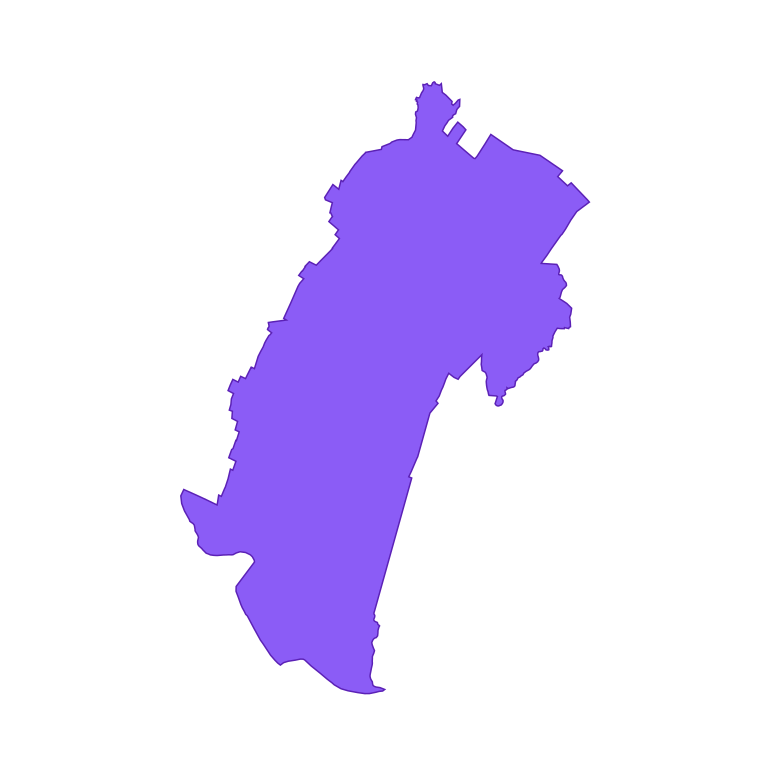 Zaragoza, Puebla, Mexico, rotated 17°
{"feature_id": "50627088B7057522682097", "entity_name": "Zaragoza", "entity_type": "district", "adm_level": 2, "iso_a3": "MEX", "parent_name": "Mexico", "parent_adm1": "Puebla", "projection": "orthographic", "projection_center": [-97.566, 19.746], "detail": "fine", "context": "isolated", "style": "filled", "palette": "violet", "viewbox_px": 768, "rotation_deg": 17, "n_neighbors": 0, "source": "geoboundaries", "source_scale": "gbopen_adm2", "svg_char_len": 6117}
<svg xmlns="http://www.w3.org/2000/svg" viewBox="0 0 768 768"><g transform="rotate(17 384 384)"><path d="M413.2,114.1L410.4,124.9L406.4,139.1L405.2,141.8L403.8,141.9L393.9,137.6L383.2,132.9L388.0,117.0L384.5,114.9L378.0,112.0L375.2,119.1L372.5,128.4L365.9,125.0L366.7,119.3L367.8,116.1L368.6,113.0L371.7,108.8L371.2,107.8L371.7,106.4L373.5,104.6L373.4,100.4L373.8,99.2L375.1,96.4L375.0,96.1L373.3,89.7L371.9,90.8L370.1,94.9L368.7,96.9L368.6,97.2L366.8,96.4L366.5,93.9L358.8,89.7L354.5,88.1L351.0,80.0L349.7,82.2L345.2,81.8L344.7,80.7L343.6,80.4L342.5,81.8L342.1,84.9L339.2,85.6L337.4,84.2L335.4,85.9L333.7,86.2L334.0,87.1L335.4,89.4L335.7,90.5L335.6,92.0L334.8,94.7L334.3,99.7L333.0,100.4L331.3,100.4L331.1,101.8L331.0,102.9L332.5,102.9L332.3,104.1L333.7,104.6L333.9,106.6L334.8,107.1L335.8,109.5L336.1,111.4L336.1,113.3L334.8,114.6L335.2,116.8L337.2,119.8L337.6,122.8L338.4,124.7L339.3,129.0L339.9,132.0L339.0,136.8L338.6,139.8L335.9,143.3L327.6,145.7L325.1,146.9L320.7,150.3L319.5,152.2L312.7,157.6L312.9,160.4L303.6,165.3L298.6,167.9L298.6,168.5L296.4,172.4L292.8,180.8L292.0,182.5L289.2,190.9L289.2,191.6L287.3,196.8L285.5,202.5L284.0,201.9L283.4,201.8L283.8,211.0L281.1,209.9L276.8,208.2L272.7,223.0L274.2,225.0L281.6,225.7L281.8,230.2L282.2,236.1L283.1,236.0L285.4,238.6L285.8,238.9L285.8,239.2L285.4,239.6L283.8,244.8L295.4,249.9L293.6,255.5L298.8,257.9L294.8,269.3L295.2,269.5L293.3,273.3L287.2,284.9L284.5,290.2L279.8,289.4L276.9,288.9L274.1,294.5L274.5,294.7L272.9,299.9L272.4,300.2L270.7,305.1L276.5,306.8L274.0,312.3L273.2,315.8L271.2,333.2L268.9,350.6L271.9,351.4L259.4,357.1L255.4,359.0L255.6,359.5L256.2,360.4L257.1,362.1L257.2,362.7L257.1,363.5L256.8,364.1L256.7,364.9L256.6,365.6L256.7,366.0L257.5,366.3L261.6,367.9L260.6,370.3L259.8,371.3L258.5,376.5L257.9,379.7L257.6,383.9L256.5,389.1L255.6,394.3L255.6,407.2L254.3,407.0L252.6,406.7L252.5,407.3L252.0,407.1L251.0,413.1L250.0,419.3L244.7,418.6L244.0,424.8L238.1,423.8L237.3,429.8L236.8,435.9L242.9,437.1L242.4,442.9L243.6,448.4L243.7,454.2L247.0,454.4L248.6,461.4L254.9,462.6L255.1,471.4L259.5,472.1L259.4,481.3L258.8,481.2L258.5,490.0L257.5,491.2L257.1,499.9L265.0,501.2L264.6,510.7L262.0,510.3L262.6,520.3L262.4,529.5L262.2,529.9L261.3,539.0L258.4,538.6L259.5,546.3L259.7,548.5L248.9,546.8L240.5,545.6L224.0,543.5L223.4,543.4L222.4,550.4L225.5,557.5L230.3,563.7L237.5,570.6L238.4,572.0L240.5,572.8L241.8,573.1L242.5,573.5L243.7,574.3L244.3,575.3L245.9,578.4L246.0,579.0L246.6,580.0L248.5,581.6L250.2,583.2L250.8,584.0L251.4,584.9L251.5,585.8L251.7,588.6L252.1,590.0L252.6,591.1L253.1,592.0L254.3,593.0L257.8,594.6L259.1,595.5L263.4,597.8L265.8,597.9L267.9,598.2L271.5,597.6L274.6,596.8L277.6,595.6L280.3,594.5L283.0,593.6L285.4,592.7L288.0,592.0L289.5,591.4L292.2,588.7L295.4,586.5L300.9,585.6L306.1,586.4L308.6,587.7L311.4,590.4L312.2,592.1L301.8,620.8L303.1,625.5L307.0,630.5L311.6,636.7L313.9,639.4L316.9,642.3L319.1,644.7L320.9,645.6L321.2,645.8L331.8,656.4L340.8,665.1L343.8,667.4L345.4,668.7L354.8,676.5L360.4,680.0L364.1,682.0L367.1,683.1L369.5,679.8L373.5,677.1L379.9,674.0L384.5,671.5L387.1,670.8L388.7,671.0L396.9,675.0L407.9,679.4L416.3,683.0L421.5,684.9L424.3,686.2L432.0,688.0L439.2,687.9L449.0,686.8L456.2,685.7L460.6,684.3L466.3,681.2L469.2,679.4L472.5,678.0L474.0,675.9L469.0,675.5L465.0,676.1L463.2,676.0L461.7,675.5L460.7,674.0L459.9,672.2L457.6,670.1L456.7,668.7L456.0,667.4L455.7,665.8L455.3,661.7L455.1,660.0L454.8,656.1L454.5,654.4L453.8,652.5L453.4,650.9L453.1,649.7L452.6,648.2L452.7,646.3L452.9,644.8L452.9,641.8L451.2,639.8L449.0,636.9L447.9,634.9L448.1,632.5L448.6,630.8L449.5,629.6L450.7,628.8L451.5,626.7L451.0,624.0L450.3,621.4L450.2,618.1L450.5,616.6L449.6,616.1L448.6,615.8L448.0,615.0L447.4,614.0L445.5,613.8L444.5,613.6L443.6,613.1L443.0,612.0L443.2,610.3L443.2,609.5L443.0,608.3L442.4,607.5L441.8,607.0L441.3,606.0L441.3,604.6L441.3,603.3L438.0,465.8L434.8,465.5L435.7,459.4L435.8,458.3L436.2,454.6L437.2,445.4L437.3,444.9L437.5,443.8L436.4,398.4L441.3,386.7L438.7,385.0L440.3,379.4L440.7,373.1L441.2,369.9L441.5,365.5L441.7,361.1L442.8,354.8L446.4,356.2L449.1,357.2L453.5,357.8L454.5,354.6L469.0,327.4L469.7,330.7L470.7,334.2L471.2,336.8L472.4,339.1L473.9,342.4L475.1,342.7L477.2,343.1L478.5,344.1L480.4,347.0L480.8,348.1L480.8,349.6L481.0,351.6L481.6,353.2L482.6,355.6L484.0,358.4L484.6,359.4L485.8,361.0L486.4,362.2L487.4,363.9L487.8,364.2L494.8,362.6L496.1,362.8L496.0,370.4L497.2,371.4L498.7,371.8L500.2,371.4L500.8,370.8L502.2,369.8L502.9,368.1L503.1,366.6L502.8,365.2L502.3,364.5L501.4,363.9L500.6,362.8L500.3,361.8L500.6,361.1L502.0,360.2L502.6,359.4L503.2,358.3L503.1,357.8L502.5,356.8L501.9,355.8L501.6,354.8L502.3,354.3L503.0,353.1L503.3,352.8L502.8,351.7L504.0,352.1L504.2,351.9L506.8,350.1L508.5,349.2L509.4,348.3L509.7,347.4L509.3,345.1L509.3,344.4L508.9,343.3L509.0,342.7L509.6,342.1L509.9,341.4L510.5,338.7L511.8,337.7L512.7,336.2L514.2,334.5L514.5,332.7L516.2,330.3L517.7,328.8L519.0,327.4L519.9,325.4L520.3,323.9L520.8,322.7L521.4,321.2L522.2,320.3L523.1,319.7L524.4,317.9L524.7,316.8L524.9,315.8L524.3,314.1L523.6,313.0L522.5,311.3L522.1,309.8L522.1,308.7L522.7,307.8L524.2,307.2L524.6,306.9L525.8,306.2L526.0,305.5L525.8,303.7L526.3,302.9L527.1,302.9L527.9,303.2L528.4,303.8L529.1,304.0L530.7,303.7L531.4,303.3L531.6,303.1L531.5,302.7L531.1,301.9L531.1,301.2L530.1,300.3L530.8,299.8L531.7,299.4L532.7,299.6L533.2,299.0L532.9,297.9L532.6,295.8L532.0,293.4L532.0,290.3L531.5,288.7L532.3,283.8L533.4,280.0L536.3,279.5L540.2,278.4L540.1,277.3L544.4,277.0L544.6,275.7L545.6,274.7L544.1,270.5L542.0,265.8L542.2,262.7L541.3,256.7L535.2,253.5L526.5,251.0L527.0,249.4L526.8,244.1L527.1,241.5L528.9,238.5L529.7,236.5L529.1,234.9L528.2,233.7L526.9,233.0L525.4,231.9L524.1,230.4L523.2,228.9L522.4,228.2L521.4,227.9L519.8,228.3L519.1,228.2L518.8,227.2L518.8,225.8L518.7,224.5L518.0,222.9L515.8,220.4L514.3,219.1L499.1,222.7L499.3,221.6L502.2,213.3L504.4,205.9L509.6,190.2L510.5,188.7L512.3,182.8L514.7,172.7L517.9,162.7L527.2,150.0L525.0,148.6L504.2,136.9L501.6,140.8L489.5,134.9L492.3,128.2L492.4,127.9L466.3,119.7L439.1,122.3L413.2,114.1Z" fill="#8b5cf6" stroke="#5b21b6" stroke-width="1.5"/></g></svg>